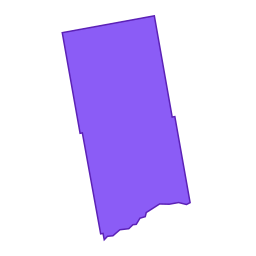 outline of Rock, Nebraska, United States of America, rotated 170°
{"feature_id": "52423323B87460612121029", "entity_name": "Rock", "entity_type": "district", "adm_level": 2, "iso_a3": "USA", "parent_name": "United States of America", "parent_adm1": "Nebraska", "projection": "albers", "projection_center": [-99.446, 42.445], "detail": "fine", "context": "isolated", "style": "filled", "palette": "violet", "viewbox_px": 256, "rotation_deg": 170, "n_neighbors": 0, "source": "geoboundaries", "source_scale": "gbopen_adm2", "svg_char_len": 435}
<svg xmlns="http://www.w3.org/2000/svg" viewBox="0 0 256 256"><g transform="rotate(170 128 128)"><path d="M82.6,233.9L176.2,233.3L176.1,131.1L173.8,131.1L173.3,28.5L170.9,28.5L170.8,22.1L167.0,24.9L161.5,24.5L153.7,29.2L144.7,28.7L140.0,31.9L136.6,31.7L131.9,37.1L126.4,37.7L124.7,41.6L110.1,47.7L100.6,45.8L91.1,45.8L83.7,42.5L79.8,43.7L79.9,131.1L82.6,131.1L82.6,233.9Z" fill="#8b5cf6" stroke="#5b21b6" stroke-width="1.5"/></g></svg>